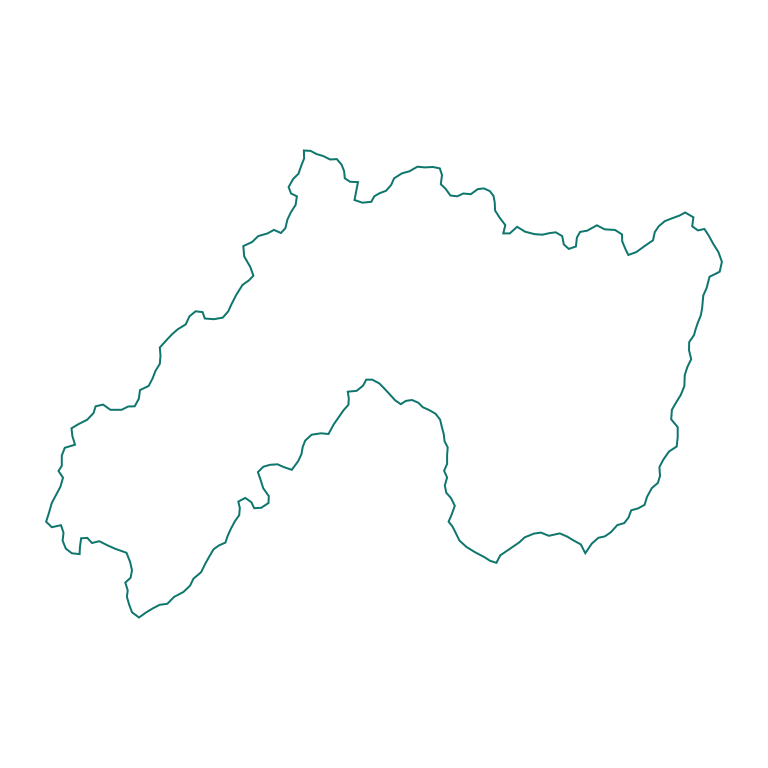 São João Nepomuceno, Minas Gerais, Brazil (Albers equal-area conic projection)
{"feature_id": "56859067B98759493930874", "entity_name": "São João Nepomuceno", "entity_type": "district", "adm_level": 2, "iso_a3": "BRA", "parent_name": "Brazil", "parent_adm1": "Minas Gerais", "projection": "albers", "projection_center": [-43.014, -21.587], "detail": "fine", "context": "isolated", "style": "outline", "palette": "teal", "viewbox_px": 768, "rotation_deg": 0, "n_neighbors": 0, "source": "geoboundaries", "source_scale": "gbopen_adm2", "svg_char_len": 3794}
<svg xmlns="http://www.w3.org/2000/svg" viewBox="0 0 768 768"><path d="M684.7,375.4L687.3,367.1L691.2,359.2L689.0,350.2L689.2,342.1L694.0,335.1L695.7,329.0L697.8,322.8L700.8,315.3L702.1,308.5L702.7,301.8L703.3,295.4L706.6,288.1L709.5,276.8L719.7,271.7L721.9,261.8L718.4,252.0L713.2,243.8L708.7,235.5L704.4,229.0L697.9,230.4L692.2,226.3L693.4,217.3L685.2,212.5L679.4,215.6L671.8,218.4L664.7,221.2L658.7,226.3L654.8,232.1L653.0,240.3L645.0,245.8L636.3,252.1L628.3,255.0L625.4,249.0L622.2,241.3L622.0,234.4L615.1,230.0L604.6,229.3L596.9,225.3L587.1,230.7L580.1,231.9L576.9,237.6L575.9,246.5L568.8,248.9L563.8,244.4L562.2,236.1L555.7,232.3L549.6,233.1L542.3,234.7L534.3,234.1L525.1,231.7L517.1,226.8L509.8,233.4L503.3,233.4L505.3,225.1L499.8,217.9L495.1,210.6L494.7,202.2L493.5,195.9L489.8,191.1L483.9,188.4L477.8,189.1L470.8,194.2L463.3,193.5L457.3,196.3L450.4,195.5L445.5,188.7L440.8,184.2L442.0,175.0L439.8,168.4L433.1,167.0L424.5,167.4L417.4,166.7L409.4,171.3L402.0,173.3L394.1,178.3L391.2,184.9L386.0,190.8L379.6,193.2L374.3,196.3L371.3,201.8L362.4,202.7L354.5,200.0L356.1,191.7L358.0,182.1L350.2,181.8L344.8,178.3L344.1,171.1L341.6,164.7L336.8,159.1L330.1,159.5L323.1,156.0L316.4,154.0L310.6,150.9L303.9,150.5L304.1,158.5L301.0,166.4L298.5,173.7L293.1,179.0L288.6,187.1L291.1,193.5L296.9,196.3L295.6,204.9L290.8,212.4L287.4,219.6L285.4,228.2L280.9,233.0L273.9,229.9L267.6,233.4L258.2,236.1L252.1,242.0L243.3,246.1L244.2,256.4L250.3,267.0L253.4,275.7L248.9,280.4L242.5,284.9L236.2,295.0L231.7,303.8L228.2,311.4L222.8,317.6L213.8,319.2L204.8,318.5L202.6,312.1L195.6,311.3L189.5,316.3L185.7,324.4L177.7,329.3L172.2,334.1L166.6,340.0L159.8,347.5L160.5,355.6L159.8,363.9L155.5,370.8L152.6,378.4L148.7,385.9L140.0,390.1L138.8,398.8L134.7,406.3L128.2,406.5L121.6,409.8L110.4,409.8L103.1,404.6L95.6,406.3L93.5,413.1L87.2,419.7L78.5,424.1L71.5,428.3L72.4,436.2L75.0,444.7L64.8,447.8L61.8,455.5L61.8,465.8L58.5,471.0L63.0,477.7L60.4,486.8L55.9,495.2L51.8,502.9L48.8,513.4L46.1,521.7L51.8,527.2L61.0,525.2L63.5,532.7L62.6,540.6L65.8,548.6L71.9,553.3L79.6,554.1L79.9,547.4L81.1,538.3L87.3,537.9L92.0,543.0L99.3,541.2L107.6,545.4L115.3,548.8L126.5,552.8L130.1,561.9L132.0,570.4L130.6,577.7L125.3,582.6L127.7,590.3L126.9,596.9L129.0,604.1L132.0,612.3L139.0,617.5L145.7,612.7L152.6,608.5L159.7,604.8L167.3,603.8L174.2,596.8L183.4,592.0L190.1,585.6L193.5,578.6L201.1,572.2L205.4,563.5L209.2,556.7L213.6,549.2L219.2,545.3L225.4,542.6L227.7,535.8L231.0,528.5L235.1,520.9L239.2,515.2L239.8,507.9L238.3,501.6L245.3,497.9L251.4,502.3L254.2,508.2L261.2,507.8L268.5,503.0L268.8,496.1L263.2,488.2L260.6,479.9L257.9,472.1L263.4,466.7L270.1,464.8L277.5,464.3L283.6,467.0L291.8,469.8L298.2,461.1L301.5,454.0L302.7,447.0L305.2,440.6L311.6,434.7L321.1,433.3L328.5,434.0L333.7,424.4L338.8,417.1L343.5,410.3L348.4,404.8L348.8,398.5L347.8,391.7L356.7,390.8L363.1,385.6L366.2,379.7L372.3,379.7L379.3,383.4L384.7,388.9L390.5,395.2L395.1,400.3L400.8,404.2L405.8,400.9L412.0,400.0L418.3,402.7L422.8,407.2L428.8,409.9L435.5,413.7L440.1,419.6L441.9,427.2L443.8,434.3L444.5,441.1L447.7,447.4L447.1,454.9L447.1,463.9L444.1,470.8L447.1,477.5L444.8,485.4L446.3,492.8L450.9,497.9L454.8,505.8L451.5,515.0L448.6,521.6L452.4,526.4L455.4,532.3L459.5,540.6L466.5,547.0L475.0,552.2L484.1,557.0L490.1,560.8L496.4,562.8L500.3,555.3L505.8,551.6L513.1,546.6L519.5,542.2L524.6,537.4L533.9,533.6L541.0,532.6L548.8,535.8L559.8,533.4L567.4,536.7L573.1,540.2L580.8,544.4L585.3,553.2L591.7,543.7L598.3,537.8L604.8,536.4L610.9,532.2L617.3,525.1L624.2,523.1L628.5,517.6L631.2,510.3L638.3,508.3L644.6,504.8L647.0,496.9L651.8,488.1L657.9,482.9L660.0,476.0L659.4,467.1L663.2,459.8L669.0,451.5L676.7,446.5L677.7,437.2L677.7,427.2L671.2,419.3L671.9,409.8L676.3,402.2L680.8,394.9L684.4,386.0L684.7,375.4Z" fill="none" stroke="#0f766e" stroke-width="2"/></svg>